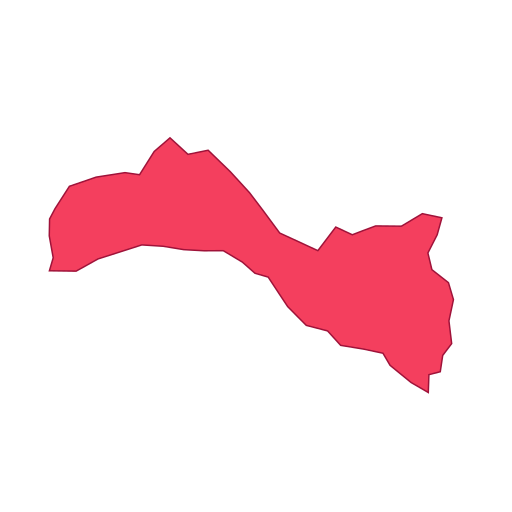 outline of Karavostasi, Cyprus, rotated 192°
{"feature_id": "46923920B41676558074930", "entity_name": "Karavostasi", "entity_type": "district", "adm_level": 2, "iso_a3": "CYP", "parent_name": "Cyprus", "parent_adm1": "", "projection": "robinson", "projection_center": [32.819, 35.141], "detail": "fine", "context": "isolated", "style": "filled", "palette": "rose", "viewbox_px": 512, "rotation_deg": 192, "n_neighbors": 0, "source": "geoboundaries", "source_scale": "gbopen_adm2", "svg_char_len": 866}
<svg xmlns="http://www.w3.org/2000/svg" viewBox="0 0 512 512"><g transform="rotate(192 256 256)"><path d="M184.0,300.9L196.6,274.1L237.6,283.4L258.6,302.0L275.4,316.5L298.5,333.0L310.3,340.4L324.8,349.5L343.7,341.3L364.7,353.7L377.3,337.1L386.8,311.3L401.5,310.3L428.8,299.9L453.0,285.4L462.4,260.6L465.6,249.3L462.4,232.7L454.0,212.1L455.0,198.6L428.8,203.8L409.9,220.3L389.9,231.7L370.0,243.1L349.0,246.2L328.0,247.2L308.0,250.3L289.1,254.4L268.1,247.2L253.4,238.9L239.7,237.9L225.0,223.4L214.5,213.1L201.9,204.8L192.4,198.6L170.4,197.6L154.6,186.2L131.5,187.3L111.6,187.3L102.1,176.9L78.0,164.5L59.1,158.3L62.2,175.9L51.7,181.1L52.7,197.6L46.4,211.0L53.8,232.7L53.8,254.4L62.2,269.9L81.1,279.2L88.5,294.7L83.2,314.4L82.1,332.0L102.1,332.0L120.0,315.4L145.2,310.3L156.7,303.0L166.2,296.8L184.0,300.9Z" fill="#f43f5e" stroke="#9f1239" stroke-width="1.5"/></g></svg>